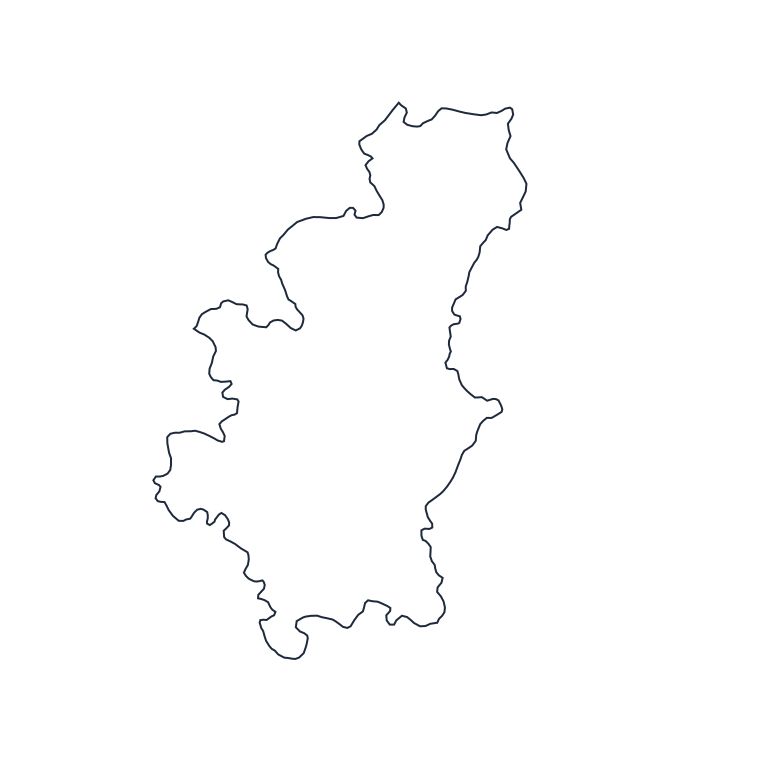 the district of Svietlahorsk, Gomel, Belarus, rotated 58°
{"feature_id": "67162791B63369954237676", "entity_name": "Svietlahorsk", "entity_type": "district", "adm_level": 2, "iso_a3": "BLR", "parent_name": "Belarus", "parent_adm1": "Gomel", "projection": "albers", "projection_center": [29.503, 52.681], "detail": "fine", "context": "isolated", "style": "outline", "palette": "slate", "viewbox_px": 768, "rotation_deg": 58, "n_neighbors": 0, "source": "geoboundaries", "source_scale": "gbopen_adm2", "svg_char_len": 5961}
<svg xmlns="http://www.w3.org/2000/svg" viewBox="0 0 768 768"><g transform="rotate(58 384 384)"><path d="M309.0,175.2L302.6,172.6L298.3,165.7L295.7,161.7L289.7,157.1L283.4,156.4L274.8,156.4L265.2,156.7L259.3,157.6L249.7,156.0L245.1,151.6L240.8,145.3L234.8,143.7L228.9,141.0L226.6,135.4L224.0,131.7L219.0,129.7L216.4,130.7L214.7,135.3L214.7,139.3L214.0,144.6L210.7,148.9L209.6,154.5L207.6,159.1L203.3,164.4L197.3,171.3L193.3,175.3L187.7,180.5L183.3,185.2L180.7,189.1L181.3,193.4L183.6,198.7L184.9,203.4L184.2,207.0L183.5,212.7L184.5,216.6L183.2,219.6L180.5,223.2L176.5,226.9L172.2,228.5L168.9,225.5L165.9,220.8L161.9,219.5L156.6,221.8L153.3,222.4L156.2,231.3L160.8,243.4L162.0,250.8L164.3,255.5L165.4,261.7L164.5,267.3L165.1,276.2L167.7,278.0L172.4,278.9L175.7,278.9L178.3,278.6L181.3,276.3L184.3,274.5L186.6,274.2L186.9,279.0L188.6,283.7L192.5,284.3L196.3,284.0L199.6,284.9L202.5,287.6L205.7,288.8L211.1,287.3L216.4,287.9L222.6,288.0L227.3,288.0L231.7,289.2L234.4,291.0L237.0,294.8L237.9,299.0L234.9,303.7L233.7,307.8L232.2,314.0L228.4,319.0L224.8,319.3L221.9,316.3L218.3,316.9L216.5,319.6L217.1,324.3L220.0,329.3L217.9,336.7L214.4,342.3L208.7,349.7L204.9,355.6L202.5,362.7L200.6,371.8L201.5,378.6L202.1,383.7L204.4,390.6L205.3,394.9L207.5,398.6L209.0,400.9L211.6,404.1L211.6,407.1L211.0,409.8L211.0,413.4L211.6,415.9L214.8,417.4L219.2,417.6L222.4,416.5L225.1,414.8L230.4,412.7L233.0,414.6L236.6,415.8L238.7,416.0L241.0,416.0L244.8,417.1L247.6,417.5L251.8,418.1L255.0,418.9L258.4,419.8L261.8,420.2L263.9,419.1L269.2,416.8L271.5,418.0L274.5,418.2L277.6,417.6L282.5,416.7L285.9,417.6L288.6,419.9L291.0,422.8L292.3,425.8L291.8,430.5L287.2,433.4L281.1,435.1L276.2,436.9L273.3,440.2L271.6,444.1L271.4,448.1L272.7,450.6L273.5,453.8L268.9,459.9L266.6,461.8L263.8,463.9L257.9,465.0L253.9,464.8L251.4,462.7L248.4,460.0L244.6,458.9L241.6,461.7L240.1,464.0L238.1,466.8L234.0,469.3L230.5,471.7L228.8,476.5L229.2,479.3L232.0,482.4L231.4,486.4L228.7,491.1L228.3,497.0L228.3,501.5L230.0,505.5L233.1,509.0L235.7,512.4L236.4,516.0L242.7,513.2L246.8,510.2L252.2,507.7L256.9,506.6L263.5,507.3L266.9,509.0L270.3,514.4L274.8,518.7L278.6,523.8L282.7,526.8L286.5,527.2L290.4,526.6L292.7,523.6L295.7,521.3L298.1,517.0L300.2,512.7L303.2,513.2L304.3,516.8L304.5,521.9L305.6,525.6L309.6,527.3L313.9,524.7L316.1,520.2L319.3,516.6L321.8,516.6L326.1,520.5L330.8,524.1L330.8,526.9L329.7,529.7L329.5,532.9L329.7,538.2L329.7,541.2L330.8,544.9L335.5,546.1L339.3,546.1L343.6,546.6L347.7,550.0L347.3,551.9L343.6,555.1L341.3,556.2L335.5,559.6L330.6,562.8L326.9,565.8L323.5,569.0L321.8,572.7L318.5,578.2L317.0,583.2L314.5,587.2L313.0,591.5L314.2,596.0L319.6,599.2L328.4,602.7L334.2,604.0L339.9,607.6L343.6,610.8L345.3,615.1L344.9,620.1L343.6,623.3L341.6,626.5L343.4,630.6L346.8,630.8L350.4,628.4L352.8,628.0L356.0,631.4L357.5,635.9L359.9,638.3L363.5,637.9L365.7,635.7L367.8,632.7L372.1,632.9L376.8,633.4L383.9,632.9L391.2,630.6L393.8,626.7L394.0,623.7L395.5,619.8L394.8,617.9L392.5,613.2L391.6,609.1L392.7,605.7L394.6,603.8L398.9,601.8L401.7,602.9L404.5,604.6L407.0,607.2L408.7,608.0L411.3,606.5L411.3,604.0L410.9,600.7L409.4,599.0L407.2,593.0L407.2,590.2L411.1,588.3L416.0,588.1L419.4,588.7L421.8,590.4L422.9,594.5L423.5,597.7L429.1,600.7L432.1,600.3L436.4,597.5L440.7,595.1L447.9,592.3L454.4,588.9L457.4,589.7L461.2,591.7L465.3,595.3L467.7,599.8L469.8,602.8L473.5,602.8L477.3,601.9L479.9,600.4L482.5,598.7L484.0,596.7L485.0,594.6L486.1,591.2L488.2,590.9L491.2,591.6L494.0,594.3L495.5,599.7L496.2,602.3L499.0,604.4L501.1,602.2L503.9,599.9L507.7,597.9L511.0,598.4L513.5,598.6L516.3,598.3L519.7,596.8L521.9,599.8L521.5,602.6L521.9,608.6L520.0,611.2L518.7,614.0L520.5,615.9L526.0,617.4L529.5,617.4L534.8,619.0L539.3,620.1L545.3,620.1L549.0,619.6L552.2,617.9L557.3,617.0L563.2,613.6L565.4,610.7L568.0,607.8L570.2,604.9L571.0,601.0L569.7,594.7L565.0,588.9L562.4,586.3L559.1,583.3L556.6,582.4L552.9,583.8L549.4,586.4L543.6,587.7L538.8,583.7L539.1,576.3L539.7,573.8L541.9,568.8L545.0,563.5L548.9,560.2L552.0,556.9L553.5,555.4L556.5,552.4L559.4,550.9L564.3,548.9L568.2,547.5L571.4,544.4L571.8,540.8L568.4,534.0L566.1,528.2L565.7,522.5L563.4,519.8L559.7,516.1L559.0,512.1L561.7,509.4L565.3,504.7L569.0,502.1L574.3,498.7L577.3,497.3L579.7,499.0L581.4,504.7L586.0,507.0L591.1,506.6L593.4,502.9L591.0,498.9L590.0,491.6L593.9,487.9L597.9,486.5L602.6,485.2L608.6,481.8L611.2,477.1L611.9,471.8L614.2,466.4L614.7,465.4L612.3,461.8L611.4,457.6L609.5,453.6L605.7,450.7L599.9,448.7L594.2,448.3L588.4,449.1L584.9,446.3L583.0,440.6L579.5,437.0L575.3,438.9L571.3,439.4L567.6,438.3L564.3,436.9L559.6,437.3L554.8,436.2L550.0,432.8L547.0,430.8L543.0,431.0L539.1,431.9L536.8,433.7L532.6,432.7L527.9,429.8L528.2,426.2L531.0,422.3L531.3,419.1L528.0,417.2L524.6,417.4L520.1,417.4L512.5,415.1L509.7,413.3L508.1,409.1L507.9,404.9L507.6,400.9L507.1,394.7L506.2,390.3L504.3,384.6L502.1,379.5L499.9,375.1L496.6,370.0L491.8,363.8L488.5,359.2L485.4,355.5L483.2,351.3L483.2,347.3L483.0,341.9L480.8,336.3L476.2,332.9L473.7,330.1L469.1,323.8L467.9,319.9L467.2,314.8L469.8,310.7L470.0,304.7L470.0,299.1L468.2,297.1L464.3,296.1L458.6,295.6L456.2,297.0L454.4,299.4L452.8,305.4L450.0,306.6L447.0,308.0L445.2,311.4L443.6,314.1L441.0,315.0L439.0,315.8L434.3,317.2L429.9,318.1L426.1,318.6L419.9,317.7L415.6,316.0L412.0,314.9L408.3,316.8L406.0,320.6L404.0,322.3L398.4,320.6L397.2,317.2L395.2,314.1L393.2,312.3L391.9,310.1L389.3,309.5L384.8,308.0L381.7,305.8L380.1,303.6L379.1,302.2L374.1,300.1L370.7,298.5L370.1,296.3L370.2,293.3L371.1,291.3L372.0,289.2L372.1,287.8L369.4,284.6L366.8,283.8L364.0,286.3L362.5,287.5L358.4,287.6L355.5,286.0L354.0,283.9L353.0,282.4L350.2,278.5L350.2,274.3L350.2,270.2L348.4,265.3L344.6,263.0L341.2,258.9L337.0,254.7L334.4,252.4L329.1,243.4L327.6,239.2L326.1,236.6L323.1,233.2L318.2,229.4L316.7,224.9L315.9,221.5L312.9,217.3L310.7,210.2L310.7,204.9L314.8,201.1L318.2,198.6L318.7,195.7L316.5,194.1L313.7,191.8L311.1,190.1L309.6,187.8L309.3,181.3L309.0,175.2Z" fill="none" stroke="#1e293b" stroke-width="2"/></g></svg>